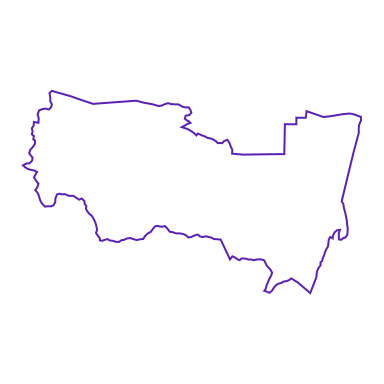 Taió, Santa Catarina, Brazil
{"feature_id": "56859067B18203284661636", "entity_name": "Taió", "entity_type": "district", "adm_level": 2, "iso_a3": "BRA", "parent_name": "Brazil", "parent_adm1": "Santa Catarina", "projection": "mercator", "projection_center": [-50.11, -27.092], "detail": "fine", "context": "isolated", "style": "outline", "palette": "violet", "viewbox_px": 384, "rotation_deg": 0, "n_neighbors": 0, "source": "geoboundaries", "source_scale": "gbopen_adm2", "svg_char_len": 3386}
<svg xmlns="http://www.w3.org/2000/svg" viewBox="0 0 384 384"><path d="M343.2,114.1L329.9,116.3L323.3,117.0L306.6,111.2L305.7,117.8L296.4,117.7L296.3,124.3L284.9,124.2L284.3,154.1L272.3,154.2L242.9,154.6L232.1,153.7L232.3,149.8L230.8,146.7L229.6,143.2L227.4,139.8L224.1,141.1L222.2,143.2L220.0,143.0L217.8,143.1L215.6,141.0L213.5,139.6L210.6,138.4L207.5,138.0L205.4,136.6L202.7,135.7L200.3,134.6L197.8,133.6L196.4,135.4L194.0,133.0L191.9,131.6L189.0,129.8L186.7,128.7L184.2,128.0L181.8,127.1L185.4,125.3L187.6,123.9L190.4,122.9L188.9,121.4L186.8,120.3L184.8,118.7L185.6,115.7L189.3,115.1L191.4,112.7L190.2,109.5L188.6,107.3L185.3,107.4L182.9,106.9L180.7,105.7L178.4,104.4L176.1,104.3L174.0,104.3L171.4,104.1L167.9,103.2L164.5,104.3L161.6,105.6L158.6,106.0L155.5,105.1L152.6,104.3L142.9,102.5L136.3,100.7L105.9,102.9L93.2,103.9L76.7,98.4L71.6,96.5L51.9,90.9L49.5,93.1L50.0,95.9L50.3,98.3L50.3,101.4L51.9,104.4L51.0,107.5L48.9,109.5L45.3,108.6L42.3,109.1L39.1,110.4L37.6,114.4L38.7,118.1L38.4,122.8L33.9,122.0L33.7,125.6L31.8,128.3L32.6,131.5L31.8,134.3L33.9,136.1L33.3,139.4L35.1,140.7L34.9,143.9L32.6,147.3L30.1,150.0L29.2,153.4L30.8,155.5L32.6,157.6L32.1,160.7L29.4,163.4L26.6,163.4L23.0,165.4L25.6,167.6L27.5,168.7L30.1,169.7L34.0,170.4L37.1,171.9L35.8,174.0L34.0,177.3L36.3,181.0L38.5,183.7L37.3,187.3L35.3,190.1L37.0,192.1L38.3,194.3L39.2,197.0L40.0,199.8L41.2,202.3L43.2,204.9L45.1,206.6L47.7,206.2L50.8,206.4L53.4,205.4L55.3,202.1L55.4,198.5L57.0,194.4L59.5,193.7L62.2,194.4L64.9,194.1L68.0,195.6L70.4,195.9L73.5,195.9L76.5,197.9L79.2,199.7L81.7,198.5L84.4,201.0L84.8,204.2L86.3,206.1L86.0,208.8L87.1,211.0L89.1,213.6L91.8,215.9L93.5,218.6L95.2,222.1L96.3,225.8L97.1,229.9L96.0,233.0L98.0,235.9L99.7,237.9L99.9,240.4L102.2,240.8L105.3,239.6L107.8,239.2L109.8,240.5L112.5,240.7L116.1,241.9L119.0,241.9L121.5,240.2L124.3,239.8L126.5,238.6L130.0,238.0L133.6,239.2L137.0,240.1L140.2,239.2L143.2,239.0L144.9,236.2L147.4,233.7L150.9,231.8L152.9,228.8L155.2,226.3L157.6,225.9L160.0,226.5L162.4,226.7L164.8,226.1L166.6,227.7L168.0,229.4L169.8,231.8L172.7,232.1L174.8,233.0L177.1,233.5L179.3,233.3L181.5,233.7L183.7,234.2L186.1,235.4L188.4,237.5L190.9,237.1L194.8,235.4L197.8,234.5L200.1,236.5L203.1,237.0L206.1,236.3L209.1,237.1L211.1,237.5L213.9,239.0L217.5,239.3L220.7,239.6L230.0,259.4L232.4,256.3L235.1,257.5L237.5,259.3L239.7,260.2L241.3,258.6L243.6,258.4L246.2,258.8L248.3,259.5L251.2,259.5L253.7,260.2L256.7,259.5L260.6,259.3L264.0,260.2L265.6,263.2L266.7,265.5L268.2,267.3L270.2,269.4L272.1,272.5L271.2,275.5L269.5,278.5L268.1,281.9L266.5,285.4L265.8,288.7L264.3,290.8L266.9,291.7L269.6,292.8L272.0,290.7L274.0,287.5L276.1,285.1L278.4,283.7L280.9,283.1L283.8,281.5L286.5,281.1L288.9,280.2L291.3,278.4L298.0,282.6L310.2,293.1L316.4,277.2L316.9,271.7L318.3,268.3L320.6,265.2L320.5,262.4L322.2,260.9L322.7,258.4L323.9,255.8L324.7,253.1L325.6,250.7L326.6,248.6L327.9,246.7L328.4,243.3L328.7,239.8L330.1,237.1L332.7,238.4L332.8,236.0L334.3,232.7L336.9,230.3L340.0,229.8L338.8,233.1L338.8,236.2L339.0,239.4L341.2,239.8L343.3,238.0L345.4,237.6L347.2,234.9L347.6,231.6L347.7,228.0L347.2,225.2L346.9,221.5L346.2,217.4L345.3,213.0L344.5,210.1L343.9,207.9L343.4,204.2L341.7,201.2L353.4,152.9L358.8,132.8L358.7,128.7L359.0,125.5L359.8,123.2L361.0,120.5L360.9,116.8L358.5,116.1L355.6,114.9L352.5,114.0L349.3,113.5L346.0,113.9L343.2,114.1Z" fill="none" stroke="#5b21b6" stroke-width="2"/></svg>